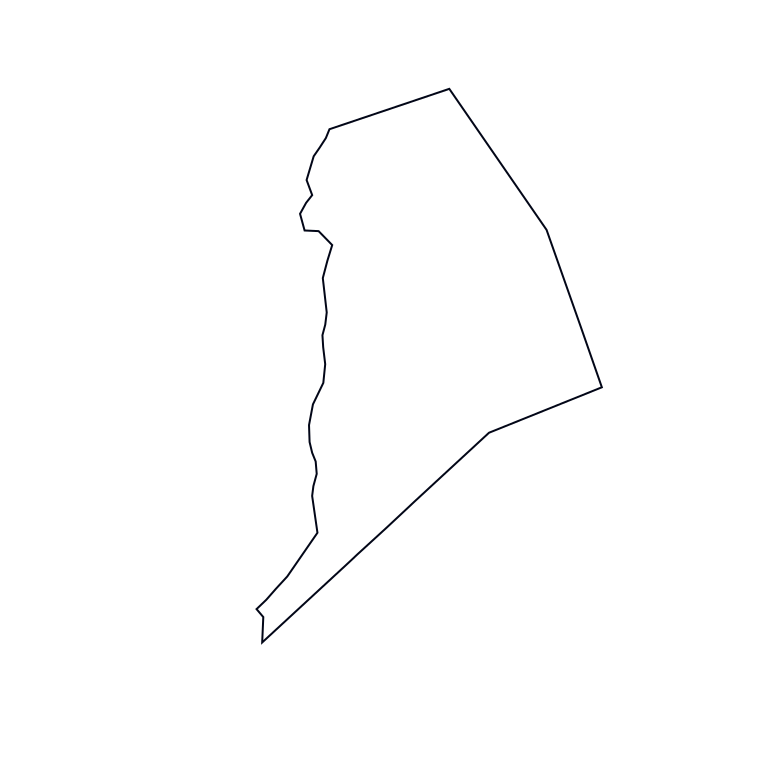 Lagoa de Pedras, Rio Grande do Norte, Brazil, rotated 303°
{"feature_id": "56859067B10603162869089", "entity_name": "Lagoa de Pedras", "entity_type": "district", "adm_level": 2, "iso_a3": "BRA", "parent_name": "Brazil", "parent_adm1": "Rio Grande do Norte", "projection": "mercator", "projection_center": [-35.477, -6.193], "detail": "fine", "context": "isolated", "style": "outline", "palette": "ink", "viewbox_px": 768, "rotation_deg": 303, "n_neighbors": 0, "source": "geoboundaries", "source_scale": "gbopen_adm2", "svg_char_len": 694}
<svg xmlns="http://www.w3.org/2000/svg" viewBox="0 0 768 768"><g transform="rotate(303 384 384)"><path d="M667.1,278.0L568.0,199.5L558.6,201.3L547.1,201.3L536.7,201.0L512.9,208.0L503.3,220.9L493.6,220.0L481.0,220.9L469.5,233.8L476.6,245.9L472.3,264.9L456.5,269.4L439.5,275.0L412.8,297.0L401.8,302.4L391.4,305.8L381.8,312.9L368.6,323.9L351.9,332.5L328.2,335.5L308.7,343.5L294.8,353.2L287.2,361.2L281.8,368.9L272.0,376.5L259.9,380.4L251.0,384.7L223.0,409.2L169.9,407.7L153.4,404.9L138.9,402.8L125.8,399.7L122.8,409.7L100.9,422.6L215.2,451.7L226.7,454.5L265.6,464.6L302.4,473.7L400.3,498.6L499.9,568.5L539.5,517.4L601.8,436.4L667.1,278.0Z" fill="none" stroke="#020617" stroke-width="2"/></g></svg>